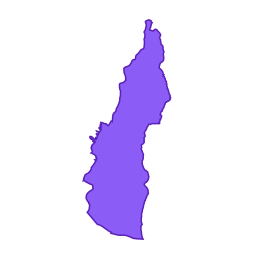 Danciulesti, Gorj, Romania (Albers equal-area conic projection), rotated 5°
{"feature_id": "2599482B88989600544516", "entity_name": "Danciulesti", "entity_type": "district", "adm_level": 2, "iso_a3": "ROU", "parent_name": "Romania", "parent_adm1": "Gorj", "projection": "albers", "projection_center": [23.758, 44.793], "detail": "fine", "context": "isolated", "style": "filled", "palette": "violet", "viewbox_px": 256, "rotation_deg": 5, "n_neighbors": 0, "source": "geoboundaries", "source_scale": "gbopen_adm2", "svg_char_len": 5759}
<svg xmlns="http://www.w3.org/2000/svg" viewBox="0 0 256 256"><g transform="rotate(5 128 128)"><path d="M151.3,198.8L151.5,198.8L151.8,197.0L152.5,195.5L152.5,194.6L152.8,193.8L153.0,193.1L153.8,192.2L153.9,190.8L153.6,189.7L153.4,188.3L152.4,186.3L151.4,185.3L150.1,184.3L149.0,182.8L149.0,182.4L149.1,182.2L149.3,182.0L150.2,180.7L151.0,180.4L151.2,179.9L151.9,179.3L152.2,178.4L152.6,177.7L153.0,174.6L151.4,170.2L151.1,169.8L149.8,169.0L148.4,168.3L147.3,166.9L146.1,164.6L145.2,162.2L145.2,161.6L144.9,160.4L145.0,159.7L145.5,158.5L145.8,156.7L145.6,155.0L145.7,153.2L144.3,150.4L144.2,149.8L143.6,149.2L143.0,147.7L143.3,146.2L142.8,143.7L143.0,143.4L144.0,142.7L144.6,142.2L145.3,141.0L145.4,140.6L145.0,139.3L145.3,138.6L144.8,136.4L145.7,135.1L145.8,134.4L145.4,133.4L145.3,132.7L144.8,131.8L144.7,130.9L146.6,127.2L146.6,126.4L146.8,125.8L147.4,124.8L148.4,122.5L149.8,122.5L150.8,121.9L152.4,121.4L154.2,121.4L157.2,120.9L157.3,121.1L158.6,121.0L159.1,120.5L159.2,120.4L158.9,120.0L158.6,119.3L159.2,118.3L159.3,117.1L159.2,116.5L159.7,116.5L159.8,116.0L160.1,115.4L160.4,113.9L160.4,112.8L159.9,112.4L159.0,112.1L158.8,111.8L158.8,111.5L159.3,110.5L159.5,109.1L159.7,108.7L160.5,108.3L160.7,107.9L160.7,106.5L161.0,106.3L161.4,105.1L161.9,104.5L162.1,103.9L162.0,103.2L162.4,102.3L162.4,101.8L162.5,101.4L163.0,100.8L163.0,99.9L163.1,99.3L163.4,99.1L164.0,99.0L164.4,98.5L166.1,97.5L167.3,96.3L167.8,95.2L167.7,94.9L167.2,94.7L167.7,93.9L167.6,93.5L167.2,93.1L167.2,92.4L166.9,91.4L165.9,90.0L165.3,88.2L164.7,86.9L164.6,85.9L163.8,85.4L163.6,84.0L163.0,82.8L162.8,81.9L162.9,80.9L162.2,79.9L162.3,78.7L161.0,76.9L160.9,75.8L160.4,75.1L160.0,74.7L159.6,73.6L159.4,73.6L159.4,73.9L158.9,73.5L159.2,73.4L158.7,72.5L159.0,71.8L158.4,71.8L158.5,71.5L158.3,71.4L158.2,70.5L157.8,69.5L157.6,68.9L157.2,68.4L156.8,68.2L156.5,67.7L155.9,67.0L154.1,65.7L153.8,65.2L153.9,63.1L154.4,60.9L155.7,59.5L156.8,58.6L157.4,57.4L157.6,56.3L157.3,53.6L156.6,51.4L156.9,50.5L157.0,49.5L157.2,49.1L157.0,48.4L156.5,47.8L156.4,47.2L155.9,46.0L155.9,44.4L155.1,42.6L154.1,42.2L153.6,41.5L152.6,37.1L151.6,35.6L151.8,34.2L152.3,33.2L152.3,32.3L151.7,31.2L151.0,30.4L148.7,28.3L148.4,27.8L147.2,27.2L146.8,27.2L145.3,28.2L144.4,29.3L140.9,28.3L141.4,26.4L141.7,25.8L142.3,22.1L142.9,20.9L142.1,20.5L141.8,20.1L141.6,19.6L141.7,19.3L139.4,18.4L137.0,19.5L136.1,20.4L136.6,22.3L137.1,23.2L137.3,25.0L136.9,26.8L136.8,28.5L135.8,30.4L135.7,30.8L135.8,31.5L136.6,32.9L136.8,33.7L136.8,35.9L136.5,37.2L136.3,38.3L136.9,40.9L137.0,43.7L136.9,45.1L137.1,46.1L136.9,46.7L136.2,47.8L134.9,48.5L134.1,48.9L133.7,49.4L133.6,49.7L133.3,50.5L132.5,51.5L131.8,52.8L130.2,54.3L129.5,55.6L129.5,57.1L129.1,59.1L128.3,59.4L127.4,59.4L126.4,60.3L126.2,60.6L125.8,62.1L124.6,64.6L123.5,65.9L121.5,67.0L120.8,67.0L120.2,67.6L119.5,68.0L118.7,68.9L118.9,70.9L119.1,71.5L119.2,73.0L119.5,73.5L120.1,74.9L120.7,76.0L121.1,76.9L121.3,78.3L121.4,79.9L121.6,80.6L119.7,82.8L118.2,83.6L116.8,84.0L116.0,84.5L115.7,85.4L116.1,88.8L116.5,90.1L117.5,92.2L117.5,92.8L117.3,93.3L117.5,94.1L117.6,96.8L117.2,98.9L117.4,101.1L116.8,104.2L115.8,107.5L115.0,109.0L114.6,110.6L114.4,112.1L114.1,112.8L112.4,114.6L112.0,115.7L112.0,116.2L111.7,117.5L111.8,118.5L111.8,122.9L111.0,122.5L110.6,122.6L110.4,122.9L109.8,124.5L108.6,126.7L108.2,127.1L107.7,127.4L107.2,127.0L106.4,126.0L106.1,126.0L105.5,125.6L104.5,125.7L101.6,124.9L100.4,124.8L100.3,125.3L100.9,125.8L101.1,126.1L101.1,127.3L100.4,127.2L100.6,127.5L100.1,128.0L100.2,128.3L100.3,128.8L100.3,129.0L100.1,129.2L100.7,129.3L100.4,129.6L100.6,129.8L101.0,129.7L101.4,130.0L101.3,130.3L101.0,130.5L99.6,130.6L99.8,130.8L99.6,131.0L99.9,131.1L99.9,131.6L100.2,131.8L100.3,132.0L101.3,132.3L99.9,134.3L96.9,133.8L97.0,134.0L98.8,134.6L98.6,134.7L99.5,135.1L98.9,136.9L97.4,136.3L97.3,136.6L98.4,137.3L98.3,137.6L97.7,137.5L98.3,138.1L98.4,138.3L98.3,138.5L98.0,138.4L97.9,138.5L98.2,139.4L97.9,140.0L97.6,140.1L97.7,140.4L97.3,140.7L96.7,140.4L96.6,140.8L97.1,141.1L97.0,141.4L97.5,141.7L96.8,142.5L95.8,141.8L94.6,141.7L94.2,140.9L93.1,140.9L92.9,140.1L92.8,139.9L91.7,139.6L91.5,139.8L91.4,140.1L90.8,140.0L90.8,140.6L91.3,141.2L91.5,141.8L91.9,142.1L93.1,142.6L96.5,144.7L96.4,145.0L94.7,144.1L94.3,144.4L95.9,145.5L93.8,148.1L93.7,148.4L93.4,148.6L93.4,150.0L93.0,150.8L93.3,151.1L93.2,151.4L93.5,151.6L93.5,152.4L94.0,153.2L94.1,153.6L94.5,154.1L94.5,154.5L94.2,155.3L93.5,156.0L94.2,156.0L94.7,156.5L95.9,157.1L96.6,157.3L98.4,158.7L98.6,158.9L98.7,159.3L98.5,159.6L98.8,159.8L99.0,160.8L99.6,161.2L99.7,161.3L99.0,161.7L98.4,162.3L97.8,162.5L99.0,163.4L98.5,163.6L98.3,163.9L98.1,165.6L97.9,165.9L97.6,166.1L96.5,168.3L95.6,169.4L95.4,170.1L94.9,170.6L94.9,171.4L94.9,172.4L94.1,173.9L94.0,174.5L93.0,175.4L92.7,175.9L92.1,176.6L91.2,177.0L89.6,178.1L88.8,180.3L88.3,182.3L88.2,183.0L88.4,183.3L88.4,183.8L88.2,184.3L88.9,184.0L89.3,184.5L90.2,185.1L91.3,185.4L91.7,185.8L92.5,186.0L93.9,186.7L97.4,187.8L97.9,188.6L98.0,189.1L98.0,189.9L98.5,191.0L98.5,191.4L98.0,192.1L96.5,193.7L95.9,193.9L94.2,195.5L93.2,196.8L92.6,198.1L92.4,199.4L92.4,201.4L92.6,202.0L94.1,204.5L94.4,204.8L95.2,205.0L95.3,205.4L95.2,205.7L95.5,206.7L96.6,207.8L96.4,210.1L96.5,211.0L96.2,213.1L95.9,213.8L95.0,215.0L94.8,215.7L98.3,219.1L105.9,226.7L107.9,227.0L109.7,227.6L118.7,232.8L120.7,233.4L120.3,234.4L127.3,235.5L129.0,235.6L132.2,235.2L135.7,235.2L139.6,236.3L142.6,237.4L146.1,237.6L152.7,237.4L151.6,235.5L151.3,234.6L149.7,227.8L149.6,226.0L149.4,225.1L150.1,223.3L150.5,222.9L150.0,221.5L149.4,220.5L149.0,216.6L149.2,216.3L149.3,215.3L149.1,214.6L149.1,213.3L148.9,212.8L149.5,209.5L149.4,208.3L149.7,207.9L149.6,207.2L149.9,206.7L150.4,202.9L150.4,202.1L150.8,201.3L150.9,199.5L151.3,198.8Z" fill="#8b5cf6" stroke="#5b21b6" stroke-width="1.5"/></g></svg>